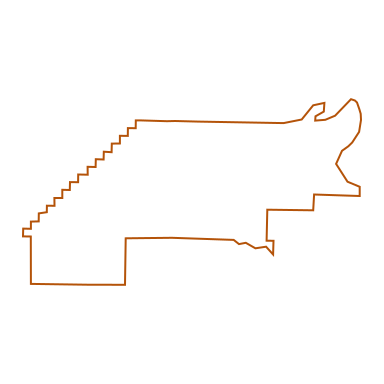 the district of Perry, Arkansas, United States of America
{"feature_id": "52423323B97917914395582", "entity_name": "Perry", "entity_type": "district", "adm_level": 2, "iso_a3": "USA", "parent_name": "United States of America", "parent_adm1": "Arkansas", "projection": "orthographic", "projection_center": [-92.912, 34.944], "detail": "fine", "context": "isolated", "style": "outline", "palette": "amber", "viewbox_px": 384, "rotation_deg": 0, "n_neighbors": 0, "source": "geoboundaries", "source_scale": "gbopen_adm2", "svg_char_len": 1027}
<svg xmlns="http://www.w3.org/2000/svg" viewBox="0 0 384 384"><path d="M125.0,284.8L125.7,238.3L171.9,237.8L233.7,239.9L239.0,244.1L245.8,242.8L255.4,248.3L266.1,246.7L273.1,254.5L273.5,240.8L266.6,240.7L267.3,209.7L313.2,210.3L314.1,194.5L341.1,195.4L359.7,196.0L359.7,187.6L359.7,186.8L347.5,181.7L336.1,163.9L342.0,150.8L348.3,146.3L352.2,142.5L359.1,131.9L361.0,119.9L360.7,113.8L359.3,109.1L357.0,102.5L354.9,100.5L351.0,99.2L335.1,115.7L325.3,119.8L315.2,120.6L315.5,116.3L323.8,111.6L324.4,102.9L313.2,105.3L301.7,119.5L283.6,123.1L198.5,121.6L175.0,121.0L167.0,121.2L140.6,120.4L135.8,120.4L135.7,128.2L127.9,128.1L127.8,135.9L119.9,135.8L119.9,143.5L111.8,143.6L111.6,152.2L103.8,151.7L103.6,159.5L95.8,159.2L95.6,167.0L87.6,166.8L87.7,174.7L78.2,174.5L78.1,182.2L70.0,182.1L69.8,190.0L62.3,189.8L62.3,198.0L54.4,198.0L54.5,205.8L46.9,205.7L46.8,212.2L38.8,213.4L38.7,221.4L30.9,221.6L30.9,228.8L23.2,228.6L23.0,236.4L30.8,236.5L30.9,283.9L86.5,284.7L125.0,284.8Z" fill="none" stroke="#b45309" stroke-width="2"/></svg>